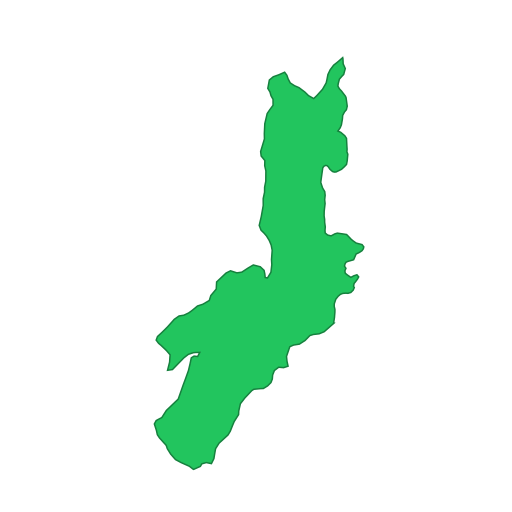 outline of Beluru, Sarawak, Malaysia, rotated 220°
{"feature_id": "92858781B6450115296433", "entity_name": "Beluru", "entity_type": "district", "adm_level": 2, "iso_a3": "MYS", "parent_name": "Malaysia", "parent_adm1": "Sarawak", "projection": "robinson", "projection_center": [114.255, 3.561], "detail": "fine", "context": "isolated", "style": "filled", "palette": "green", "viewbox_px": 512, "rotation_deg": 220, "n_neighbors": 0, "source": "geoboundaries", "source_scale": "gbopen_adm2", "svg_char_len": 3301}
<svg xmlns="http://www.w3.org/2000/svg" viewBox="0 0 512 512"><g transform="rotate(220 256 256)"><path d="M178.8,315.9L180.6,321.9L179.5,324.2L178.9,325.8L178.2,328.2L178.4,330.5L179.3,332.3L182.1,332.9L187.6,330.3L191.3,330.0L193.9,330.0L198.3,330.5L200.4,330.7L203.4,328.9L208.4,325.8L209.8,323.7L211.4,319.7L214.6,318.1L217.8,318.1L219.7,320.1L221.6,322.8L225.1,326.0L227.0,328.2L229.6,330.5L232.5,334.1L236.8,340.6L239.6,343.3L242.0,346.9L244.7,349.5L248.7,350.9L253.7,354.0L258.0,360.8L261.6,366.6L261.6,368.8L260.8,370.2L259.6,370.9L258.0,370.8L255.3,370.0L253.3,369.9L251.6,369.9L250.0,370.6L248.7,371.8L247.6,374.2L246.2,377.4L245.7,381.0L245.5,384.3L247.3,387.5L251.1,393.0L253.3,394.2L254.9,396.4L256.9,398.5L262.3,404.3L265.2,405.2L270.7,405.2L273.6,404.3L273.9,408.3L274.9,411.4L277.8,416.4L280.0,419.5L280.8,423.3L280.8,426.2L282.4,429.4L288.8,435.2L290.2,435.9L296.4,437.3L299.6,437.7L302.5,438.8L303.9,441.1L305.8,445.1L305.7,449.4L305.5,451.4L308.1,457.0L312.7,459.2L316.2,463.0L317.1,463.7L318.3,456.3L319.2,452.1L318.9,446.4L317.6,441.3L315.2,437.0L313.5,433.7L312.2,426.5L312.5,418.0L313.0,413.7L318.9,412.6L324.0,413.0L331.3,412.6L336.0,411.2L341.0,410.6L345.2,412.3L348.5,414.3L352.2,415.2L355.0,409.5L358.0,404.4L358.9,399.4L354.7,392.0L350.7,390.6L347.5,388.4L343.7,387.0L339.8,382.4L339.5,377.1L339.0,372.3L334.3,363.0L328.3,355.1L324.8,351.1L319.6,339.0L316.3,335.9L310.6,334.8L307.4,330.8L303.1,327.5L296.6,319.6L293.6,314.2L290.4,310.3L287.4,304.6L282.9,299.3L277.2,289.4L273.2,281.5L268.7,279.0L264.5,278.7L260.8,278.1L255.8,276.4L251.5,274.2L247.3,270.8L241.8,263.2L238.3,259.5L234.1,253.1L233.1,246.6L235.1,245.4L237.8,248.0L240.6,250.2L245.8,250.5L252.3,247.4L254.3,241.8L256.5,234.5L259.8,230.8L266.0,228.3L268.0,223.7L269.5,210.8L265.2,205.1L265.2,196.7L263.2,191.9L265.7,184.9L268.7,180.1L270.0,173.0L271.0,169.1L273.2,164.3L276.4,160.6L277.9,155.0L278.2,144.8L278.9,137.2L279.7,131.0L278.4,127.4L274.5,126.5L271.2,126.5L263.7,126.0L258.3,125.1L254.0,119.2L250.3,111.6L247.0,115.3L246.5,122.3L245.8,131.6L244.6,137.2L241.8,141.7L240.1,143.4L237.1,146.0L236.1,141.5L239.1,139.5L240.1,136.4L237.1,130.8L234.1,124.8L231.1,116.7L228.9,110.5L223.6,96.4L225.4,80.1L224.3,71.7L225.8,68.1L226.7,65.8L225.9,62.0L220.2,58.4L216.7,55.7L213.0,54.6L203.0,53.2L200.1,51.4L194.0,49.4L186.8,48.3L185.4,48.6L180.6,49.6L171.9,52.1L166.8,52.3L166.5,52.7L163.4,59.1L163.9,62.0L161.3,65.8L156.7,68.3L158.0,73.7L160.5,77.9L163.1,82.4L164.0,88.9L162.4,100.9L163.1,105.3L165.0,111.0L166.3,115.2L167.4,123.3L169.6,126.2L173.0,132.8L173.3,140.2L172.7,150.2L172.0,152.5L167.1,157.5L165.2,159.2L163.6,164.0L163.2,168.7L164.4,172.2L166.8,175.6L168.3,180.1L167.1,185.4L163.1,188.2L160.6,192.2L164.6,195.3L168.1,198.7L171.8,208.2L170.0,211.9L166.1,216.4L164.1,222.9L163.6,229.7L161.6,232.8L157.6,237.0L155.1,241.8L153.1,254.8L153.5,254.6L156.4,259.4L157.7,261.2L159.4,263.6L161.2,265.8L163.7,267.7L165.3,269.7L167.1,274.2L167.2,278.0L166.7,280.9L165.5,283.1L163.4,285.2L161.6,286.5L159.9,289.0L159.6,292.3L160.4,295.0L161.8,295.5L163.2,298.0L163.2,300.0L163.4,303.5L163.9,306.0L166.6,306.5L168.3,303.8L169.6,300.6L173.9,300.2L176.6,300.2L178.4,301.8L179.2,304.4L181.7,305.1L182.8,307.4L183.0,309.2L182.1,311.0L179.5,314.8L178.8,315.9Z" fill="#22c55e" stroke="#15803d" stroke-width="1.5"/></g></svg>